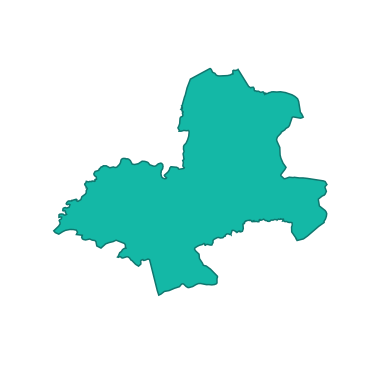 outline of Boulgou, Boulgou, Burkina Faso, rotated 59°
{"feature_id": "67063806B79770817740465", "entity_name": "Boulgou", "entity_type": "district", "adm_level": 2, "iso_a3": "BFA", "parent_name": "Burkina Faso", "parent_adm1": "Boulgou", "projection": "natural_earth1", "projection_center": [-0.458, 11.461], "detail": "fine", "context": "isolated", "style": "filled", "palette": "teal", "viewbox_px": 384, "rotation_deg": 59, "n_neighbors": 0, "source": "geoboundaries", "source_scale": "gbopen_adm2", "svg_char_len": 6073}
<svg xmlns="http://www.w3.org/2000/svg" viewBox="0 0 384 384"><g transform="rotate(59 192 192)"><path d="M255.1,72.5L251.6,72.5L250.1,73.7L239.7,86.2L237.2,89.5L235.2,92.8L232.1,96.7L231.7,97.9L229.4,101.0L228.7,104.7L228.1,106.2L223.8,107.4L223.2,107.2L222.7,106.4L220.4,100.6L219.3,98.7L214.3,99.1L208.8,98.4L205.6,97.4L199.0,93.8L192.1,93.0L190.3,92.3L188.7,90.2L187.4,85.5L186.7,84.6L186.5,80.3L185.9,79.0L185.9,75.9L185.2,74.3L179.6,67.7L179.8,66.5L184.5,61.1L185.0,59.7L185.1,58.1L181.6,57.8L179.4,58.0L169.4,54.0L166.6,53.5L165.1,53.9L162.9,54.7L160.2,56.2L154.9,60.7L151.6,64.6L150.0,67.8L147.9,70.8L147.1,72.4L147.0,73.8L146.5,74.7L146.6,76.0L146.1,77.1L146.1,77.8L145.8,78.0L145.8,78.9L145.2,78.4L145.1,79.4L144.7,79.5L144.3,79.0L142.7,79.5L142.0,81.8L140.0,83.0L139.4,83.6L139.3,84.6L138.4,85.0L137.4,86.2L136.4,86.1L135.5,85.5L133.9,85.4L133.1,86.7L132.9,88.0L130.7,89.1L110.7,89.4L110.9,89.8L110.1,92.5L109.1,93.5L109.1,94.5L111.1,95.7L111.3,96.2L111.9,96.0L112.0,96.3L111.5,96.6L111.4,98.9L110.5,101.6L106.8,108.5L105.8,109.9L104.4,111.0L102.2,111.2L99.9,112.7L97.1,112.4L95.8,112.6L95.4,113.2L94.4,135.2L100.2,142.6L105.5,147.9L106.7,149.5L112.8,155.9L112.8,156.4L113.4,156.3L113.9,157.0L114.5,156.7L115.0,157.1L114.8,158.1L115.2,158.2L115.6,157.9L115.7,158.9L116.4,158.4L117.5,158.8L118.3,158.3L118.8,159.0L119.2,158.8L119.8,159.8L121.4,160.1L122.2,161.2L122.0,163.3L122.7,164.3L127.1,167.4L129.4,170.2L129.4,170.7L130.5,171.2L132.4,171.0L133.2,171.8L134.4,169.7L135.0,167.3L136.6,165.2L137.5,163.3L138.9,163.4L142.5,166.1L145.0,168.9L147.1,172.0L147.8,174.6L148.5,175.7L151.0,177.3L153.1,177.8L154.6,179.9L155.2,180.2L158.0,181.2L158.6,181.7L159.5,181.7L160.1,182.6L160.1,183.7L162.1,184.1L164.8,186.3L165.8,186.5L167.2,186.0L167.4,186.2L167.5,187.2L165.9,191.3L165.1,191.7L164.4,191.5L162.9,192.4L159.5,197.0L159.9,198.4L161.5,200.2L162.5,202.4L163.4,207.1L164.6,207.2L166.8,206.5L167.1,207.3L166.6,208.6L164.8,210.0L163.5,210.2L162.0,209.9L159.7,208.9L159.4,208.4L158.0,207.4L156.9,205.1L156.5,205.0L155.4,203.8L153.4,203.0L151.8,203.3L151.1,204.0L150.5,206.4L151.0,209.7L150.4,211.3L146.9,214.2L144.2,214.5L143.3,215.0L141.5,216.6L139.9,218.9L140.1,223.4L138.9,227.0L137.4,228.8L136.9,228.9L133.3,228.7L131.2,229.4L130.0,230.6L129.7,231.5L128.8,232.0L127.7,233.8L127.6,235.4L128.0,236.3L130.0,238.2L131.0,239.9L132.0,243.8L131.4,245.3L130.0,246.5L128.9,250.0L125.4,252.0L123.8,254.6L124.2,255.6L123.7,257.0L124.3,258.4L124.3,259.0L124.6,259.2L124.6,259.9L125.2,260.3L125.1,260.8L125.3,261.3L124.5,264.5L125.3,265.9L125.9,266.8L126.9,267.1L128.2,267.0L129.5,266.3L130.6,266.6L131.9,267.3L131.4,268.4L131.5,268.9L132.4,269.1L132.7,269.5L132.6,270.2L132.1,270.4L131.8,271.5L131.1,271.9L131.2,273.1L130.3,274.1L130.1,275.5L128.4,277.1L129.5,278.3L129.7,279.5L130.1,280.0L131.7,280.2L132.8,279.9L133.9,280.6L134.3,280.0L135.2,280.0L136.4,282.0L138.2,283.1L138.9,284.6L139.3,288.8L141.3,291.2L141.4,291.9L141.2,293.0L141.4,294.2L141.1,294.9L139.9,295.5L139.6,294.7L138.8,294.8L138.4,295.5L137.5,299.0L137.7,299.5L137.3,299.7L137.5,300.0L136.0,302.7L136.5,304.8L137.3,305.9L137.9,305.9L138.6,305.4L139.2,303.6L140.0,303.1L141.7,305.1L141.3,307.3L140.9,308.0L140.1,308.5L139.7,309.7L139.7,310.9L141.2,312.3L141.8,312.2L142.7,310.6L143.4,310.4L144.3,311.0L146.6,311.0L146.5,312.3L146.0,313.4L144.6,313.9L143.6,315.2L142.9,316.9L143.0,317.7L145.2,319.1L145.6,317.7L146.4,316.7L147.5,317.6L147.8,318.2L147.7,319.9L148.1,320.6L150.1,320.8L151.4,321.5L152.6,323.9L154.1,330.5L156.4,330.1L159.5,327.9L159.4,323.3L159.7,320.2L161.2,316.0L163.1,313.0L165.1,310.8L167.4,310.8L168.9,313.0L172.6,308.3L174.0,309.9L175.7,310.1L176.8,309.5L178.3,307.9L179.6,303.9L181.8,302.4L183.6,300.2L185.1,299.9L189.2,301.4L193.2,298.9L192.0,292.7L192.6,289.3L193.9,285.1L194.2,281.9L201.2,276.5L202.8,276.3L204.9,277.4L206.1,277.5L205.5,279.0L205.6,281.2L206.6,283.1L206.8,285.2L209.3,288.7L209.4,289.3L210.0,288.9L210.2,287.3L210.8,286.5L212.0,286.3L212.9,285.4L213.9,281.3L214.5,280.4L216.3,279.5L218.8,279.4L220.0,278.7L224.9,277.6L228.0,276.0L227.5,273.1L226.6,272.4L224.8,271.7L224.3,270.6L224.6,268.9L225.6,268.9L226.2,267.7L226.8,264.2L228.1,263.2L258.5,272.5L263.3,273.6L263.5,271.2L263.0,266.9L264.7,262.4L265.5,256.6L266.7,251.5L265.7,248.8L265.7,247.6L266.5,246.6L270.0,245.7L271.7,244.8L272.3,244.0L273.4,240.1L273.4,236.5L273.7,233.9L274.8,231.8L278.8,227.4L280.2,225.0L281.8,222.9L282.9,220.4L283.2,218.3L282.8,217.4L279.1,215.2L278.0,213.9L277.3,213.6L267.6,215.9L262.8,217.9L260.7,220.0L258.2,219.7L252.9,219.9L248.9,218.0L244.5,219.2L242.4,219.3L241.7,218.7L241.4,218.0L241.3,215.4L241.5,213.1L242.3,210.4L242.3,208.2L242.9,208.0L244.0,208.3L244.5,208.1L244.6,207.9L244.0,207.3L244.7,206.3L244.9,205.6L246.7,203.9L247.6,202.5L247.6,202.0L246.9,201.4L246.3,200.1L244.3,198.9L243.9,197.5L244.1,193.9L244.6,192.7L246.1,191.3L247.1,189.0L246.6,187.3L247.0,186.4L246.2,185.7L245.9,183.7L246.6,182.4L247.8,181.6L248.0,180.9L248.8,180.6L248.1,180.3L245.6,177.4L246.0,176.5L247.0,175.5L248.9,174.8L249.1,174.3L249.8,174.3L249.7,172.1L250.1,171.2L250.6,171.5L251.3,170.8L251.6,169.0L249.8,166.9L245.8,164.9L246.0,163.7L245.6,162.8L245.1,162.9L244.6,161.7L244.8,160.7L244.5,160.5L245.8,157.1L246.1,157.2L246.5,156.2L248.1,155.9L248.1,155.6L248.9,155.1L248.9,154.9L248.3,155.0L248.4,153.7L249.5,153.7L250.5,151.8L251.5,150.8L251.9,149.9L250.6,148.8L250.5,148.1L250.7,147.8L251.4,148.0L251.9,146.9L252.2,144.5L254.2,143.8L255.2,142.5L256.0,142.3L256.9,141.1L257.1,140.2L256.8,138.7L257.9,136.9L258.0,135.5L259.6,133.3L259.9,133.4L259.7,131.8L260.5,131.1L260.9,130.4L260.6,129.8L261.8,128.9L262.2,127.7L262.5,127.6L263.6,129.2L264.0,128.2L265.3,127.6L266.0,126.1L267.5,125.2L268.6,123.8L268.9,122.9L270.0,122.1L272.0,123.1L273.4,124.8L277.6,127.1L285.7,126.6L285.7,126.9L287.7,126.9L289.6,120.6L289.2,115.7L286.7,101.1L286.2,94.5L285.1,93.9L283.9,91.5L282.0,89.3L280.0,87.7L278.2,87.3L276.5,87.4L269.6,90.0L263.7,87.7L263.1,87.2L263.0,86.4L262.5,82.2L262.8,80.3L262.4,79.0L260.7,76.5L256.4,75.6L255.8,74.8L255.1,72.5Z" fill="#14b8a6" stroke="#0f766e" stroke-width="1.5"/></g></svg>